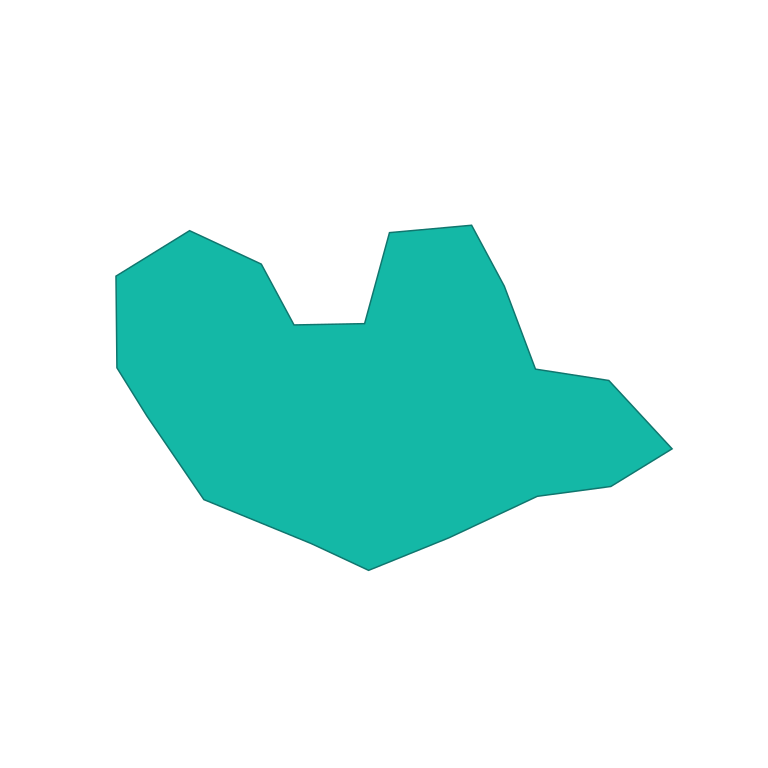 an SVG outline of Novo Brdo, rotated 205°
{"feature_id": "KOS-5906", "entity_name": "Novo Brdo", "entity_type": "District", "adm_level": 1, "iso_a3": "XKX", "parent_name": "Kosovo", "parent_adm1": "", "projection": "equal_earth", "projection_center": [21.392, 42.572], "detail": "fine", "context": "isolated", "style": "filled", "palette": "teal", "viewbox_px": 768, "rotation_deg": 205, "n_neighbors": 0, "source": "natural_earth", "source_scale": "10m", "svg_char_len": 410}
<svg xmlns="http://www.w3.org/2000/svg" viewBox="0 0 768 768"><g transform="rotate(205 384 384)"><path d="M545.9,440.8L490.5,399.5L427.1,430.5L443.0,523.5L371.7,564.9L316.3,523.5L253.0,461.5L181.7,482.2L95.5,447.0L135.1,387.0L197.6,347.0L260.2,272.0L319.2,208.6L382.9,208.6L498.4,203.1L585.4,254.8L632.9,285.8L672.5,368.5L625.0,440.8L545.9,440.8Z" fill="#14b8a6" stroke="#0f766e" stroke-width="1.5"/></g></svg>